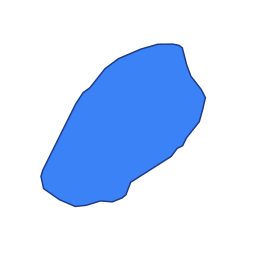 the district of Onou, Federated States of Micronesia, rotated 302°
{"feature_id": "79324940B32817940895565", "entity_name": "Onou", "entity_type": "district", "adm_level": 2, "iso_a3": "FSM", "parent_name": "Federated States of Micronesia", "parent_adm1": "", "projection": "robinson", "projection_center": [150.292, 8.798], "detail": "fine", "context": "isolated", "style": "filled", "palette": "blue", "viewbox_px": 256, "rotation_deg": 302, "n_neighbors": 0, "source": "geoboundaries", "source_scale": "gbopen_adm2", "svg_char_len": 543}
<svg xmlns="http://www.w3.org/2000/svg" viewBox="0 0 256 256"><g transform="rotate(302 128 128)"><path d="M31.9,88.5L30.9,107.9L33.5,124.8L40.2,133.4L51.5,143.2L57.1,153.9L65.5,160.0L70.3,161.6L83.4,159.0L126.9,179.7L136.8,180.5L141.9,183.7L150.7,182.8L171.1,185.1L183.9,181.3L194.8,177.5L199.5,169.6L205.2,153.9L212.5,144.4L224.8,131.5L225.1,127.4L222.9,121.6L214.8,108.9L201.6,97.0L181.8,83.2L166.1,77.1L142.0,74.4L134.3,71.2L121.1,70.9L93.0,73.6L47.1,78.1L40.9,79.8L31.9,88.5Z" fill="#3b82f6" stroke="#1e3a8a" stroke-width="1.5"/></g></svg>